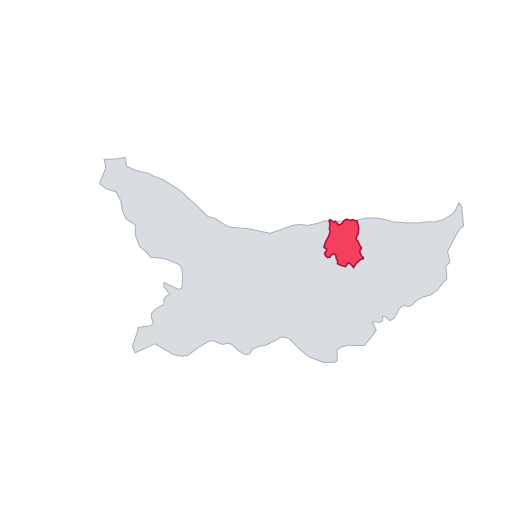 Făleşti highlighted on a map of Moldova, rotated 118°
{"feature_id": "MDA-1620", "entity_name": "Făleşti", "entity_type": "District", "adm_level": 1, "iso_a3": "MDA", "parent_name": "Moldova", "parent_adm1": "", "projection": "albers", "projection_center": [27.695, 47.571], "detail": "fine", "context": "in_parent", "style": "filled", "palette": "rose", "viewbox_px": 512, "rotation_deg": 118, "n_neighbors": 0, "source": "natural_earth", "source_scale": "10m", "svg_char_len": 2916}
<svg xmlns="http://www.w3.org/2000/svg" viewBox="0 0 512 512"><g transform="rotate(118 256 256)"><path d="M113.8,101.7L115.6,97.7L132.0,86.8L136.2,88.7L144.7,89.2L162.1,89.0L170.7,81.7L175.9,83.8L180.2,80.5L187.4,76.4L188.4,77.3L189.3,78.0L200.4,79.8L208.7,83.7L214.3,89.8L220.0,93.5L226.0,95.0L229.3,98.0L230.0,102.6L235.5,104.8L246.0,104.7L250.4,107.7L248.9,113.8L250.0,115.8L253.7,113.7L256.5,115.5L258.1,120.0L259.8,122.1L265.0,115.0L270.7,115.6L284.3,118.4L291.8,133.0L296.5,138.2L300.5,140.3L305.5,137.9L309.9,135.1L312.5,136.3L318.2,146.0L319.8,158.7L319.9,163.8L318.0,172.5L315.4,181.8L313.3,187.8L314.3,192.6L316.4,196.7L319.7,197.9L330.6,205.9L334.7,211.4L340.6,215.5L345.0,215.6L347.4,217.9L348.2,220.8L347.8,228.0L345.5,234.9L345.9,239.3L350.0,244.4L350.5,250.4L350.9,254.3L353.0,257.2L363.1,263.6L376.1,269.7L379.5,275.1L381.7,282.0L381.4,293.7L380.9,304.0L398.2,317.2L396.3,319.8L393.8,322.7L377.7,325.3L374.4,326.5L367.1,316.3L363.4,315.1L360.0,319.0L356.0,321.2L351.1,320.3L345.8,317.2L343.1,315.0L341.0,314.8L337.7,317.1L333.4,316.3L330.5,313.8L326.5,322.6L324.1,324.5L322.5,324.3L321.9,309.4L320.6,307.2L317.4,306.9L309.6,310.6L302.2,315.3L299.7,319.4L300.1,326.7L301.3,335.5L306.6,348.7L303.9,354.5L302.1,363.7L294.1,372.3L285.0,377.4L284.4,387.5L279.4,394.5L270.7,401.4L265.0,409.8L266.5,415.5L266.9,420.9L266.0,424.5L265.8,427.4L263.5,428.6L250.1,429.8L246.3,431.6L242.0,435.6L237.8,428.1L233.5,421.5L230.4,418.0L231.7,416.4L235.1,414.5L237.4,412.3L237.1,404.4L235.3,395.4L233.7,391.1L233.5,384.3L232.3,373.7L233.8,354.0L240.2,329.1L243.8,316.8L242.0,310.1L243.2,294.3L240.3,286.5L235.8,276.4L229.4,254.3L221.4,246.7L211.7,238.2L207.5,231.9L204.7,224.8L199.0,217.8L192.4,211.4L184.5,195.4L180.4,188.1L179.2,186.2L170.2,175.8L165.6,166.5L163.2,158.9L161.9,151.8L155.7,137.8L150.1,127.3L144.7,119.8L142.3,114.5L136.1,107.8L127.1,102.4L121.3,101.4L113.8,101.7Z" fill="#d9dde1" stroke="#a8b0b8" stroke-width="1"/><path d="M177.7,183.8L177.6,183.2L182.6,178.7L188.2,176.1L191.3,176.3L194.3,175.3L195.4,172.2L196.4,171.3L197.4,170.2L199.4,166.6L200.6,166.4L201.9,167.1L204.2,165.7L206.1,163.3L206.9,160.4L208.2,160.0L209.9,162.0L212.0,162.7L215.6,164.1L220.4,164.4L218.9,167.8L218.6,171.6L223.4,171.9L224.6,178.3L224.5,180.6L222.5,181.3L221.4,182.5L220.5,184.0L217.8,186.0L217.6,188.9L220.1,190.1L222.3,190.1L223.8,192.1L223.1,194.9L221.4,196.8L219.4,196.3L217.5,196.4L216.5,197.1L216.6,199.9L215.5,200.5L210.0,201.2L204.6,201.1L199.3,202.0L197.8,203.9L193.0,205.8L190.9,207.7L190.3,208.2L190.1,208.1L189.0,207.3L189.6,203.6L188.2,202.4L188.5,201.0L188.8,199.8L189.2,198.9L189.9,198.3L189.3,197.2L188.3,196.2L187.1,195.5L186.0,195.1L185.9,195.2L183.8,195.1L183.3,194.9L183.0,194.6L182.6,194.3L181.9,194.2L181.1,193.4L180.6,191.7L180.0,188.5L179.8,188.4L178.9,188.3L178.6,188.1L178.4,187.6L178.5,186.5L178.4,186.1L178.1,185.3L177.7,183.8Z" fill="#f43f5e" stroke="#9f1239" stroke-width="1.5"/></g></svg>